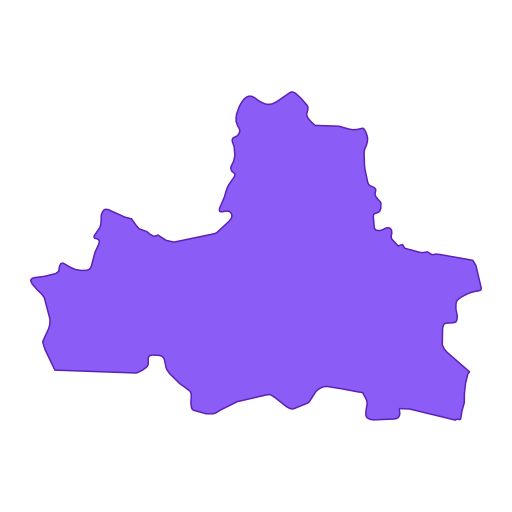 an SVG outline of Samarkand
{"feature_id": "UZB-358", "entity_name": "Samarkand", "entity_type": "Region", "adm_level": 1, "iso_a3": "UZB", "parent_name": "Uzbekistan", "parent_adm1": "", "projection": "albers", "projection_center": [66.398, 39.959], "detail": "fine", "context": "isolated", "style": "filled", "palette": "violet", "viewbox_px": 512, "rotation_deg": 0, "n_neighbors": 0, "source": "natural_earth", "source_scale": "10m", "svg_char_len": 4189}
<svg xmlns="http://www.w3.org/2000/svg" viewBox="0 0 512 512"><path d="M469.5,371.8L467.8,374.1L465.5,383.6L464.4,393.5L464.3,402.6L462.0,410.9L460.6,419.1L459.4,419.6L457.6,419.1L455.6,419.8L455.3,420.1L409.6,409.0L399.5,408.6L399.4,409.9L399.7,412.3L399.8,413.5L399.6,414.8L399.2,416.0L398.5,417.1L397.6,418.0L396.6,418.5L394.3,419.0L373.2,419.9L370.5,419.4L369.1,418.9L367.8,418.2L366.8,417.4L366.0,415.9L365.8,413.9L366.1,410.1L367.2,403.3L366.5,399.9L362.7,392.6L358.6,392.0L342.4,388.9L327.4,386.5L324.9,386.5L321.5,387.5L318.5,389.2L316.9,390.5L315.7,391.8L309.6,401.3L307.8,403.0L293.6,408.8L292.0,409.0L289.5,408.3L286.5,406.7L275.2,397.7L270.4,394.6L266.8,394.8L239.3,401.2L238.3,401.2L220.1,410.2L216.1,412.8L213.1,413.8L206.3,413.8L193.6,410.3L192.4,409.4L191.5,407.8L191.1,405.0L190.9,403.2L190.9,401.5L191.2,397.6L191.2,393.9L190.6,392.3L190.0,391.2L185.2,387.5L179.6,383.5L169.7,373.7L167.7,370.9L166.6,369.1L166.6,368.9L166.1,367.6L164.4,359.6L163.9,358.5L163.2,357.5L162.4,356.7L161.4,356.0L160.2,355.6L158.4,355.3L152.4,355.0L150.4,355.4L148.8,356.5L148.4,357.7L148.2,359.0L148.3,362.8L148.2,364.0L147.9,365.2L147.3,366.3L146.4,367.3L142.4,370.2L138.3,372.3L136.1,373.0L54.9,370.1L45.1,349.7L42.8,342.3L43.0,340.9L48.8,328.3L49.3,326.3L49.8,324.0L50.0,320.4L49.8,318.5L44.3,297.7L42.7,295.4L41.4,293.8L37.7,290.3L32.1,283.9L30.7,280.7L31.1,279.5L31.9,278.6L33.1,278.0L34.8,277.6L44.2,276.4L55.6,273.6L57.1,272.5L58.7,271.1L59.4,266.9L59.9,265.4L60.9,263.7L62.1,263.1L63.5,263.3L69.8,267.0L75.4,269.5L80.7,270.4L86.1,270.4L88.5,269.7L90.2,268.5L91.5,265.6L94.8,252.9L95.4,251.4L98.4,245.0L99.1,243.0L99.3,241.6L99.1,240.5L98.3,239.5L97.2,238.9L96.0,238.5L94.7,238.3L94.1,237.4L94.2,235.8L99.1,228.6L99.8,227.5L100.1,226.7L100.5,225.5L100.8,224.3L101.2,219.3L101.2,216.2L101.3,215.0L101.9,213.4L103.0,211.1L104.1,209.9L105.4,209.3L108.1,209.5L125.2,217.3L129.0,218.1L129.6,218.4L131.5,218.8L136.3,225.6L139.2,228.8L146.8,231.6L150.4,234.5L154.0,236.4L158.0,235.1L166.2,240.4L174.1,242.1L214.8,233.6L216.9,232.5L229.1,221.2L230.8,219.1L231.8,217.1L231.8,215.1L231.4,213.6L230.2,212.1L228.9,211.4L227.1,211.1L225.4,211.2L221.9,211.8L220.5,211.7L219.7,211.2L219.3,209.9L219.7,208.0L224.6,196.5L226.1,190.9L227.3,187.7L228.9,184.6L233.6,177.8L234.6,176.1L234.8,173.8L231.9,171.3L231.3,170.1L230.8,168.3L231.0,166.7L233.6,161.2L234.9,155.8L234.2,147.0L232.2,141.1L232.3,139.3L233.2,137.8L236.9,136.1L238.2,134.8L239.7,132.0L239.8,130.1L239.0,128.1L237.7,125.9L236.1,121.6L236.1,117.6L236.7,113.7L239.1,107.0L240.7,103.9L242.4,101.1L244.5,98.6L246.8,96.9L249.3,96.1L252.0,96.4L254.7,97.8L258.6,100.7L262.0,102.6L265.3,104.0L268.4,104.4L272.1,103.9L276.4,101.9L289.9,92.6L291.7,91.9L293.4,92.2L295.5,93.3L300.7,98.0L307.1,105.3L307.7,106.3L307.9,107.4L307.8,109.8L306.7,113.7L306.7,114.8L306.9,115.7L307.3,116.7L307.9,117.9L310.1,120.7L313.7,124.3L315.2,125.4L338.8,126.2L346.6,128.4L349.6,129.2L352.7,129.7L356.9,129.5L361.9,128.4L363.0,128.2L364.0,129.0L365.0,130.5L366.4,133.6L367.2,136.0L367.6,138.3L367.4,141.7L366.4,145.3L364.8,149.1L364.4,150.5L364.2,152.1L364.1,153.8L364.5,165.3L365.0,169.5L367.7,182.2L368.2,183.5L368.8,184.7L370.3,185.8L374.2,187.6L375.1,188.5L375.8,189.6L375.6,191.3L375.2,192.7L375.1,194.5L375.7,196.5L380.9,202.8L380.8,208.5L380.0,210.7L379.4,211.5L378.5,212.3L375.0,213.5L374.0,214.1L373.5,215.3L373.3,216.6L374.3,227.7L374.9,228.9L375.8,230.0L377.9,230.5L379.5,230.6L381.0,230.3L382.2,229.9L385.8,228.1L386.7,227.8L387.9,227.8L389.4,228.0L390.7,228.9L391.6,230.5L391.8,233.8L391.2,235.4L391.3,237.5L391.6,238.8L398.2,246.0L400.8,245.0L401.6,244.9L402.5,244.6L404.8,248.3L419.7,252.3L421.8,252.6L424.9,252.4L426.2,252.0L427.5,251.9L430.5,253.9L431.9,254.5L433.6,254.7L435.4,254.0L439.9,254.5L472.7,260.3L475.9,265.4L481.3,288.3L480.6,290.2L477.7,291.1L476.2,291.2L471.1,292.4L467.1,294.0L461.2,297.1L458.3,299.3L456.8,300.9L456.4,301.9L456.0,303.7L455.9,307.3L456.0,309.4L456.3,311.1L456.6,312.4L457.1,314.9L457.2,316.3L457.0,319.2L456.6,320.8L455.8,321.9L454.1,322.6L452.6,322.8L446.8,323.1L444.2,323.7L443.2,326.0L442.6,328.0L442.3,345.0L444.3,349.1L447.0,352.2L455.0,359.2L469.5,371.8Z" fill="#8b5cf6" stroke="#5b21b6" stroke-width="1.5"/></svg>